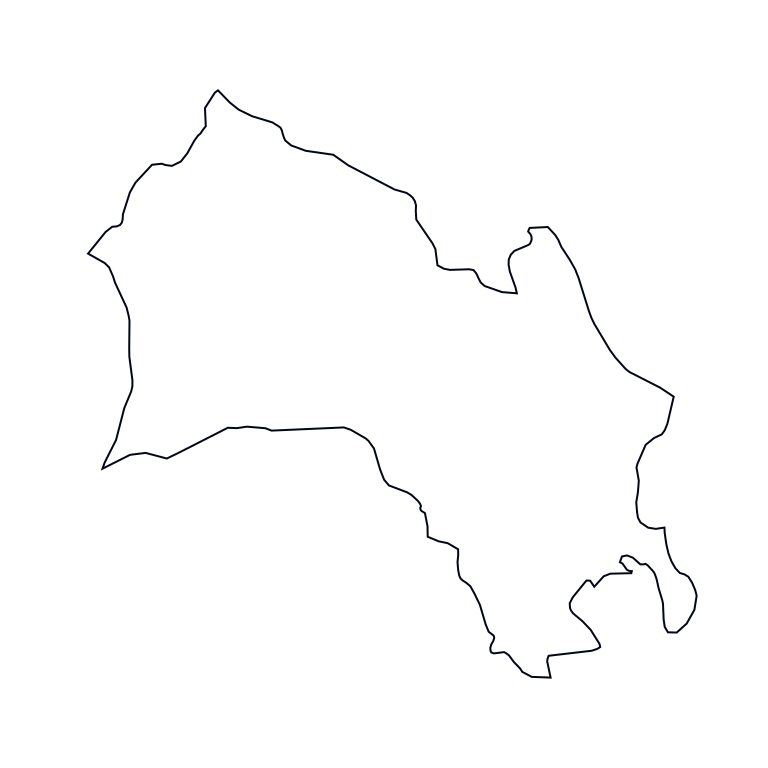 the County of Buskerud, rotated 354°
{"feature_id": "NOR-918", "entity_name": "Buskerud", "entity_type": "County", "adm_level": 1, "iso_a3": "NOR", "parent_name": "Norway", "parent_adm1": "", "projection": "albers", "projection_center": [9.402, 60.275], "detail": "fine", "context": "isolated", "style": "outline", "palette": "ink", "viewbox_px": 768, "rotation_deg": 354, "n_neighbors": 0, "source": "natural_earth", "source_scale": "10m", "svg_char_len": 3075}
<svg xmlns="http://www.w3.org/2000/svg" viewBox="0 0 768 768"><g transform="rotate(354 384 384)"><path d="M647.9,556.1L647.6,561.4L648.0,572.7L649.2,582.4L651.4,590.6L654.6,597.8L658.5,602.9L662.9,604.7L666.5,607.5L669.7,614.0L672.0,621.6L672.8,627.3L669.1,641.0L660.0,653.9L649.1,661.8L640.4,660.6L637.8,654.9L637.5,647.5L638.5,631.5L638.1,628.0L635.7,615.4L634.9,607.9L634.3,604.7L633.2,600.4L632.2,598.5L627.8,592.6L627.2,591.8L625.2,590.2L623.9,590.4L623.7,590.4L622.8,590.5L620.0,590.1L613.3,582.7L607.8,579.9L602.6,580.4L600.0,585.9L602.5,587.6L606.1,594.1L608.3,595.5L610.9,596.0L610.2,598.0L589.3,596.3L582.4,598.2L571.9,607.6L568.5,601.2L564.8,600.6L549.5,615.8L545.8,621.4L545.6,626.5L546.4,629.0L548.2,632.0L556.7,640.8L563.9,650.2L571.1,664.9L571.5,667.6L571.5,667.8L571.5,668.2L568.5,669.7L562.8,671.0L519.3,671.5L517.9,674.4L517.3,677.0L519.0,693.4L500.3,690.7L491.5,684.8L489.5,681.0L484.0,673.9L479.9,666.9L477.4,664.6L475.4,663.2L465.0,663.4L462.7,662.2L462.1,660.7L462.1,657.7L463.3,654.5L465.9,650.8L467.1,648.0L466.8,645.8L462.2,641.3L460.0,633.8L456.3,613.7L451.9,601.5L448.7,594.1L444.8,590.1L442.0,587.9L439.9,585.6L438.8,582.4L438.3,576.4L438.5,568.9L439.9,562.0L440.4,556.1L430.6,548.9L422.0,546.2L411.5,540.5L412.4,530.0L411.2,516.6L408.0,514.2L407.2,512.9L407.1,511.0L408.0,509.4L407.4,507.0L405.5,503.8L399.7,497.2L395.9,494.3L378.3,485.4L374.1,479.2L371.2,468.7L367.3,447.1L362.6,438.9L360.2,436.3L346.2,426.1L339.6,423.0L267.3,418.6L261.5,415.6L243.2,412.1L233.0,412.5L224.1,411.2L172.2,431.1L160.2,435.4L139.7,427.6L124.0,427.9L95.2,438.8L98.0,432.9L111.7,411.6L123.2,380.8L131.8,365.0L133.5,360.1L134.2,354.2L133.6,330.3L134.3,322.2L137.5,294.4L137.2,289.7L136.0,281.1L127.1,255.1L125.7,248.4L122.8,239.3L118.9,234.5L103.3,223.4L123.0,203.7L130.1,199.2L134.9,199.3L138.2,198.2L140.2,196.0L141.3,192.9L142.2,187.7L151.3,166.9L157.9,157.7L176.2,141.7L186.0,141.7L189.6,143.4L195.9,144.9L205.2,141.5L212.6,133.9L220.7,122.3L225.1,117.4L227.6,115.8L230.6,112.1L233.7,109.0L234.8,90.9L246.2,76.6L249.6,74.6L260.0,87.9L268.2,96.0L280.8,103.9L300.4,112.2L306.6,117.1L307.9,118.4L308.2,119.2L308.9,121.1L309.4,124.7L310.3,128.7L311.3,131.6L316.7,137.1L330.6,143.9L357.5,150.7L371.3,162.8L414.7,191.6L426.5,196.4L430.0,199.4L432.0,201.7L433.8,205.4L434.5,209.8L433.7,215.2L433.3,223.9L446.9,249.1L449.2,255.2L449.6,271.5L455.6,275.6L461.5,277.4L480.6,278.8L484.9,280.0L487.4,283.8L489.0,288.6L490.7,293.0L494.2,297.0L510.8,304.9L525.6,307.7L524.9,301.9L520.9,285.3L520.4,278.3L521.1,273.3L523.5,268.8L527.5,265.3L542.2,260.8L544.0,259.6L545.9,256.0L546.1,253.0L545.2,250.1L543.3,247.5L544.2,245.5L545.2,244.0L563.3,245.0L569.7,253.5L572.3,258.6L574.7,266.2L581.7,279.8L586.1,289.9L588.6,298.9L595.4,332.8L597.1,339.6L599.4,346.1L612.1,373.6L616.9,381.9L625.7,394.1L629.3,397.7L658.2,416.5L670.8,426.9L661.7,453.1L658.4,459.3L655.0,463.1L647.0,465.9L637.9,471.8L627.8,489.7L626.4,493.3L627.3,506.8L625.2,518.3L622.5,528.1L622.3,538.1L622.6,543.6L624.6,548.5L631.7,554.5L639.2,556.5L647.9,556.1Z" fill="none" stroke="#020617" stroke-width="2"/></g></svg>